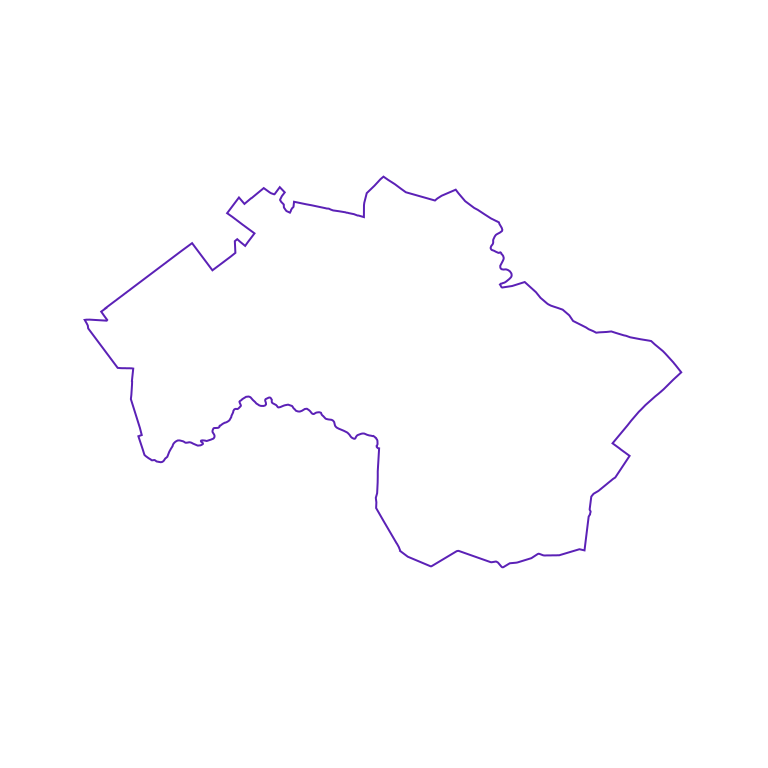 the district of Neretas pag., Neretas, Latvia, rotated 314°
{"feature_id": "27541924B20446545182610", "entity_name": "Neretas pag.", "entity_type": "district", "adm_level": 2, "iso_a3": "LVA", "parent_name": "Latvia", "parent_adm1": "Neretas", "projection": "albers", "projection_center": [25.295, 56.219], "detail": "fine", "context": "isolated", "style": "outline", "palette": "violet", "viewbox_px": 768, "rotation_deg": 314, "n_neighbors": 0, "source": "geoboundaries", "source_scale": "gbopen_adm2", "svg_char_len": 6166}
<svg xmlns="http://www.w3.org/2000/svg" viewBox="0 0 768 768"><g transform="rotate(314 384 384)"><path d="M580.1,354.4L577.4,345.9L575.9,338.4L574.4,330.4L573.3,326.6L571.9,315.4L572.9,305.2L573.6,300.6L559.5,294.7L554.5,293.5L551.4,293.2L537.1,266.5L536.2,260.2L535.3,253.1L533.7,245.2L532.8,239.6L528.9,239.2L520.0,239.4L509.3,239.0L500.7,243.9L498.7,245.4L490.1,253.6L487.5,248.7L486.8,247.9L485.3,244.4L482.3,239.7L482.0,239.0L481.1,237.9L480.8,237.1L477.0,231.6L473.5,226.8L472.5,224.6L471.8,222.5L470.3,220.7L470.0,220.1L462.3,207.8L459.3,203.3L452.6,192.7L448.6,195.8L447.9,195.9L446.6,195.8L444.5,196.3L443.7,196.8L441.9,197.3L440.7,193.8L440.7,193.1L441.4,189.6L441.6,189.2L443.5,187.2L443.6,183.4L444.2,181.4L444.5,181.2L448.2,180.0L452.9,179.5L453.2,172.3L444.8,173.4L444.4,173.4L444.1,173.1L442.8,170.3L442.4,168.6L441.4,161.4L425.6,159.6L425.4,159.4L416.6,158.5L417.4,150.1L397.9,152.5L398.9,158.9L400.4,171.5L402.4,186.2L391.5,187.5L386.9,188.2L386.4,182.2L386.2,177.8L383.1,177.5L375.1,186.0L369.0,185.2L346.6,181.6L352.0,148.1L338.6,145.8L245.2,131.0L245.3,131.3L239.6,130.3L238.5,136.2L237.8,140.4L236.9,140.5L225.7,127.4L223.6,125.3L222.2,124.2L221.1,128.0L220.3,130.3L218.5,132.6L210.6,181.2L212.6,183.7L219.9,191.5L220.9,192.9L210.9,200.7L210.9,201.0L208.6,203.1L200.7,209.8L197.3,212.4L182.8,239.0L179.0,245.2L175.8,243.6L169.4,255.8L166.6,260.9L166.6,262.6L167.1,266.2L167.7,268.7L167.7,269.6L168.0,270.2L168.8,270.8L169.9,271.8L170.1,272.4L170.3,274.2L171.6,276.2L172.7,277.8L173.9,278.6L174.7,278.8L175.8,278.9L178.4,278.4L179.9,278.6L181.1,278.7L186.1,276.6L189.4,275.7L192.4,275.1L193.2,274.6L195.0,274.0L197.0,274.0L198.2,274.2L200.0,274.8L201.1,275.8L201.7,276.6L203.0,278.9L203.4,279.7L203.7,281.4L203.9,282.0L204.3,282.5L205.8,283.7L206.6,284.2L207.0,284.6L207.5,285.3L208.0,286.3L208.5,288.1L210.1,292.3L210.4,292.9L212.4,294.6L213.6,295.1L214.9,295.4L215.3,295.2L215.6,294.6L215.6,293.6L215.5,292.4L215.8,291.9L216.3,291.8L216.9,292.2L217.4,292.6L219.0,294.6L219.7,295.9L220.1,296.2L223.7,298.1L226.2,299.2L226.8,299.2L228.0,298.9L228.9,298.2L229.3,297.6L229.6,297.0L230.3,294.2L230.5,293.8L231.0,293.4L231.6,292.9L233.2,292.3L233.7,292.2L234.3,292.4L236.6,294.6L237.6,295.3L238.2,295.4L238.7,295.4L239.4,294.9L240.1,294.9L240.3,295.2L243.2,295.6L244.7,296.1L245.3,296.2L246.1,296.8L247.5,297.4L249.0,297.8L250.5,298.0L254.1,297.1L255.1,296.4L258.7,295.2L260.1,294.3L261.5,294.0L261.9,294.0L262.8,294.4L263.2,294.7L264.1,295.9L264.8,296.2L265.6,296.3L268.5,296.3L269.0,296.1L269.4,295.5L270.4,293.0L270.9,292.3L271.6,292.2L273.3,292.6L274.7,292.6L279.0,293.7L280.9,295.3L281.2,295.8L281.6,296.8L281.7,297.5L281.4,300.8L281.5,303.8L281.3,305.7L281.8,308.0L281.9,308.9L282.2,309.6L282.7,310.6L284.4,312.5L285.6,313.2L286.1,313.4L287.3,313.3L287.6,313.1L288.6,311.8L289.4,310.2L289.9,309.7L290.6,309.4L291.0,309.4L294.0,310.5L294.5,310.8L295.0,311.3L295.1,311.7L295.2,312.2L295.0,313.1L294.7,314.3L293.9,314.9L293.0,315.9L292.8,316.8L292.8,317.1L293.9,320.9L293.9,321.4L293.9,321.9L293.6,323.4L293.7,324.2L294.3,324.7L295.3,325.4L298.8,326.9L299.9,327.5L302.2,329.1L302.6,329.5L304.1,332.7L304.3,333.3L304.2,334.0L303.9,335.0L303.7,336.2L303.8,337.4L303.6,339.2L304.4,341.0L305.3,342.2L306.1,342.8L307.8,343.6L311.0,344.4L312.5,345.6L312.7,345.9L313.1,348.4L313.1,350.0L312.8,352.1L312.8,352.8L313.2,353.9L314.0,354.5L315.8,354.9L316.9,355.5L318.6,356.9L319.4,358.3L319.5,358.7L318.7,360.4L318.6,361.6L318.7,362.5L318.5,366.0L318.8,366.8L319.8,368.5L321.7,371.0L322.1,372.0L322.2,372.5L322.2,373.5L322.0,374.6L320.7,376.6L320.0,377.8L319.8,378.9L319.8,380.3L320.4,382.4L322.4,387.5L323.4,390.7L323.6,391.6L323.6,392.7L323.5,394.6L323.1,396.3L323.0,397.5L323.1,398.4L323.6,400.1L324.2,400.9L324.7,401.1L325.1,401.1L326.5,400.6L327.2,400.5L328.1,400.4L329.1,400.6L332.4,402.2L333.4,402.9L334.3,403.8L334.7,404.4L335.7,407.1L336.8,409.2L337.7,410.4L338.7,412.1L339.2,412.4L339.5,414.2L339.4,414.8L339.6,415.9L339.3,416.3L339.2,417.5L338.6,418.7L336.3,421.1L334.7,421.8L334.3,422.2L334.1,422.0L333.7,422.5L333.6,423.3L333.7,424.3L334.3,425.2L316.8,440.2L313.4,443.5L308.8,447.8L300.7,454.9L296.4,457.2L293.6,460.7L289.3,464.5L285.1,479.0L278.2,503.6L278.1,504.3L277.0,507.9L275.4,511.4L275.1,511.5L276.3,521.1L285.1,543.8L285.5,544.5L286.4,544.9L314.2,552.4L314.9,552.8L315.8,553.6L329.9,584.4L330.5,585.2L334.0,587.8L334.3,588.3L334.7,589.9L334.7,590.4L334.2,595.2L334.2,595.8L334.3,596.3L334.7,596.8L335.2,597.1L342.4,599.0L347.4,603.3L348.4,604.0L361.1,611.0L368.5,612.7L369.4,613.2L369.9,614.1L371.3,617.4L371.9,618.3L382.5,629.0L400.8,639.3L401.0,639.5L403.6,643.8L430.7,623.4L432.5,622.9L433.2,622.9L433.9,622.3L435.6,621.4L435.9,621.0L436.4,619.4L436.7,619.0L446.9,611.4L447.3,611.3L450.6,611.0L456.0,612.5L474.8,614.7L477.4,615.3L502.9,610.6L501.4,599.8L501.3,598.4L500.1,589.6L523.4,587.9L529.2,587.3L541.1,586.6L544.3,586.7L550.4,586.7L563.5,587.7L567.5,588.2L574.3,588.8L588.1,589.1L598.9,589.7L600.2,579.9L600.3,578.6L600.5,577.4L601.3,565.2L601.4,561.8L600.6,551.3L600.5,546.4L599.5,544.8L594.5,537.6L588.6,528.6L586.8,524.6L585.6,522.7L581.8,515.3L579.7,511.0L576.1,508.0L570.5,502.8L568.3,501.0L567.4,497.9L565.6,493.2L565.0,490.0L560.7,476.2L562.1,469.6L561.6,460.9L559.5,456.3L557.7,452.6L556.3,449.6L555.4,446.7L555.2,445.2L554.7,436.7L555.6,429.5L555.1,414.4L543.5,408.1L535.5,402.0L535.3,401.2L536.0,398.9L536.1,398.3L537.4,398.4L538.3,399.1L539.0,399.3L539.8,399.8L540.8,400.3L542.5,400.7L546.6,401.2L548.9,401.2L549.8,401.0L550.9,400.3L551.8,399.2L552.1,398.5L552.5,396.3L552.2,394.4L551.9,393.5L551.2,392.1L549.3,390.4L548.3,388.9L548.2,388.0L548.3,387.5L548.5,386.9L549.3,386.0L549.8,385.5L555.3,383.9L556.8,383.3L557.8,382.6L558.3,381.8L558.9,380.7L559.2,379.1L559.1,378.2L559.5,377.6L559.6,377.0L559.6,376.4L559.4,376.1L558.5,375.8L557.8,375.2L556.7,372.2L556.4,370.9L555.3,368.4L555.3,367.7L555.5,366.9L555.9,366.2L556.4,365.9L557.8,365.3L558.6,365.2L559.9,365.1L560.7,364.8L561.6,364.3L563.2,362.7L563.8,362.3L567.0,361.2L568.8,360.9L570.0,361.1L572.2,361.8L573.4,362.2L575.8,362.6L576.3,362.5L577.1,362.0L578.1,360.2L579.3,355.9L579.7,355.1L580.1,354.4Z" fill="none" stroke="#5b21b6" stroke-width="2"/></g></svg>